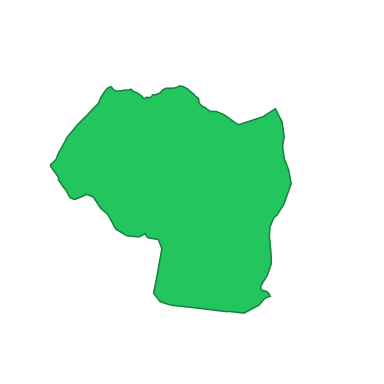 the district of Bilad Atta'am, Raymah, Yemen, rotated 62°
{"feature_id": "15242507B17948555439182", "entity_name": "Bilad Atta'am", "entity_type": "district", "adm_level": 2, "iso_a3": "YEM", "parent_name": "Yemen", "parent_adm1": "Raymah", "projection": "mercator", "projection_center": [43.572, 14.838], "detail": "fine", "context": "isolated", "style": "filled", "palette": "green", "viewbox_px": 384, "rotation_deg": 62, "n_neighbors": 0, "source": "geoboundaries", "source_scale": "gbopen_adm2", "svg_char_len": 3025}
<svg xmlns="http://www.w3.org/2000/svg" viewBox="0 0 384 384"><g transform="rotate(62 192 192)"><path d="M157.6,79.3L158.9,94.2L158.4,96.5L158.3,97.5L157.2,103.6L156.7,106.5L156.6,107.2L155.7,112.3L155.5,113.5L154.7,118.7L154.0,119.3L152.2,120.8L150.0,121.9L147.4,123.1L139.3,127.1L139.0,127.4L136.7,129.1L135.9,129.8L134.6,130.9L132.5,132.5L132.3,132.7L131.3,134.6L130.9,135.2L129.7,137.6L128.8,138.2L125.5,140.2L125.1,140.3L124.1,140.4L121.9,142.2L117.8,143.8L115.2,143.4L112.7,142.4L110.9,143.0L108.7,144.2L106.4,144.4L104.8,145.3L102.6,146.2L98.9,147.5L95.3,150.0L93.1,152.1L92.3,154.3L92.6,155.1L92.6,156.0L92.1,157.7L91.8,159.3L91.2,160.4L91.1,160.5L90.6,161.3L90.2,162.4L89.7,163.4L88.2,166.1L88.0,167.0L88.2,167.8L88.4,168.3L87.9,169.7L88.3,170.4L88.6,170.8L88.7,171.2L88.9,172.2L89.4,173.2L89.5,174.1L89.5,174.8L89.4,175.8L89.1,177.1L89.1,177.6L88.8,178.8L88.8,179.6L88.2,180.3L87.7,180.7L87.8,181.5L88.3,181.9L88.8,182.9L89.0,183.4L89.1,183.6L88.8,184.4L88.1,186.3L87.7,186.7L87.3,187.2L87.0,187.8L87.3,188.5L87.4,189.0L87.1,189.9L86.7,190.6L86.3,191.0L84.4,191.1L83.5,191.5L82.6,191.9L81.5,192.4L80.4,193.0L79.1,193.7L78.1,194.4L76.2,196.3L74.9,196.7L74.2,197.0L73.6,197.4L72.5,197.6L72.5,198.5L72.4,199.5L72.0,200.4L71.8,201.0L71.1,202.4L69.9,204.7L69.4,207.2L68.4,209.3L67.0,212.0L65.6,212.9L64.8,213.2L64.3,213.4L62.4,213.7L61.5,213.9L60.9,214.4L60.9,214.5L60.6,216.0L60.9,218.5L62.6,222.5L66.0,228.5L69.6,232.7L70.3,234.8L75.0,249.0L78.6,260.9L81.1,266.9L84.7,275.9L88.3,281.3L90.1,284.1L90.6,284.8L94.0,290.1L95.0,291.6L99.2,296.6L101.0,301.6L101.3,303.9L103.3,304.7L106.8,304.3L109.8,303.9L114.0,303.3L116.1,303.1L116.4,303.2L117.3,303.5L117.6,303.7L118.8,304.2L119.0,304.2L120.0,304.0L127.3,303.3L131.4,302.4L135.5,302.5L140.1,302.2L143.5,299.2L144.4,291.4L144.5,286.4L145.4,285.6L150.0,281.5L155.6,281.0L160.3,280.6L163.4,280.3L170.2,277.7L172.3,276.9L180.1,276.8L181.2,276.8L185.6,276.8L186.6,276.8L188.0,276.7L189.1,276.7L195.0,273.1L196.1,272.5L200.2,269.9L200.5,269.5L203.3,265.3L206.9,259.8L206.8,252.8L207.4,252.8L209.1,253.0L210.2,252.9L211.7,252.2L212.3,251.7L218.1,244.1L227.9,245.2L228.1,245.4L244.8,258.5L251.1,263.4L251.3,263.6L253.4,265.4L258.8,269.7L263.0,273.2L263.2,273.4L265.9,273.0L269.7,272.3L273.9,271.6L274.0,271.4L278.4,267.4L282.9,262.5L294.3,245.7L294.7,245.1L309.1,224.5L314.6,216.5L314.6,215.8L315.0,215.3L315.2,214.9L318.9,209.4L323.3,203.0L323.4,202.9L323.4,186.0L322.0,182.3L321.0,180.2L320.2,177.7L320.1,175.9L320.5,173.6L320.8,171.9L320.2,171.9L318.7,171.9L317.6,171.9L316.4,172.2L314.7,173.0L313.7,173.8L312.8,175.1L311.8,176.1L311.0,176.7L310.0,176.4L307.7,175.8L306.0,173.4L303.0,168.2L300.8,164.4L292.5,155.6L283.0,150.9L277.0,148.4L275.5,147.7L267.3,144.4L266.8,144.2L259.4,139.4L259.2,139.1L256.2,135.6L253.1,131.7L252.3,127.7L246.0,116.7L231.2,100.5L217.8,96.3L206.0,94.8L202.2,93.5L195.5,91.1L195.1,90.9L194.5,90.7L191.4,88.4L186.5,84.7L184.4,83.9L172.2,79.5L163.2,79.4L162.8,79.4L161.7,79.3L157.6,79.3Z" fill="#22c55e" stroke="#15803d" stroke-width="1.5"/></g></svg>